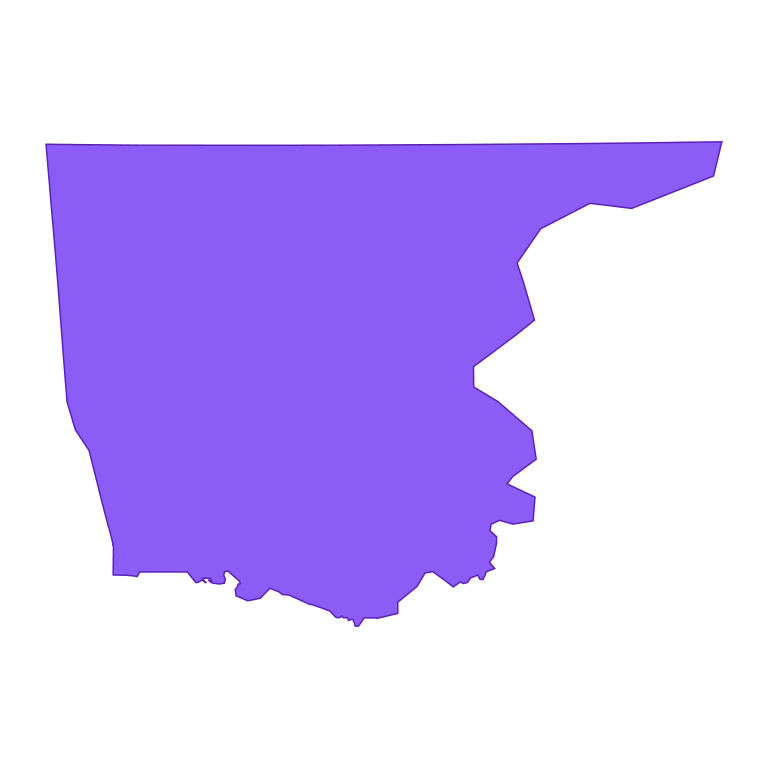 outline of Soudari, North Kordufan, Sudan
{"feature_id": "16777658B52132204049815", "entity_name": "Soudari", "entity_type": "district", "adm_level": 2, "iso_a3": "SDN", "parent_name": "Sudan", "parent_adm1": "North Kordufan", "projection": "orthographic", "projection_center": [27.862, 15.17], "detail": "fine", "context": "isolated", "style": "filled", "palette": "violet", "viewbox_px": 768, "rotation_deg": 0, "n_neighbors": 0, "source": "geoboundaries", "source_scale": "gbopen_adm2", "svg_char_len": 4759}
<svg xmlns="http://www.w3.org/2000/svg" viewBox="0 0 768 768"><path d="M334.8,145.2L268.2,145.3L139.8,145.2L129.0,145.1L125.5,145.1L111.4,144.9L105.0,144.9L99.3,144.8L94.3,144.8L83.1,144.7L73.5,144.6L70.7,144.5L70.3,144.5L66.7,144.5L55.9,144.4L52.1,144.3L51.4,144.3L50.5,144.3L49.3,144.3L48.4,144.3L47.7,144.3L47.1,144.3L46.7,144.3L46.3,144.3L46.2,144.3L46.1,144.8L46.1,145.1L46.1,145.4L46.2,146.8L46.3,147.9L46.4,148.6L46.6,151.0L46.6,151.4L46.6,151.6L46.7,152.5L47.1,156.5L47.1,156.9L47.1,157.1L47.4,160.7L47.8,165.3L48.0,167.7L48.1,168.3L48.3,171.2L49.2,181.2L50.4,195.9L50.7,199.6L53.3,229.0L56.5,267.0L57.4,277.8L58.8,296.1L63.0,350.7L65.4,381.5L66.0,388.1L66.1,389.5L66.1,390.2L66.1,390.5L66.2,391.4L66.4,393.3L66.6,395.7L66.6,395.8L66.7,397.9L66.9,399.9L67.0,401.7L67.1,402.0L67.9,404.6L69.7,410.7L70.9,414.6L71.6,417.1L72.3,419.3L72.4,419.9L73.7,424.2L74.0,425.2L74.2,425.8L74.3,426.0L74.3,426.3L74.6,427.1L74.9,428.0L75.0,428.4L75.3,429.6L75.5,430.0L76.0,430.8L77.2,432.6L77.9,433.6L79.3,435.7L80.0,436.8L80.3,437.3L81.4,438.9L82.1,440.0L82.3,440.2L83.2,441.6L83.5,442.1L84.0,442.9L84.5,443.5L84.9,444.1L85.1,444.5L85.5,445.1L86.7,446.9L87.5,448.1L88.6,449.7L89.0,450.3L89.1,450.5L89.3,451.3L89.3,451.5L89.5,452.4L89.6,452.6L90.3,455.5L90.6,456.5L91.8,461.4L93.2,467.2L93.6,468.4L93.7,468.9L94.2,471.0L94.4,471.5L95.2,475.0L95.7,476.9L96.2,479.0L96.5,480.2L96.6,480.3L98.5,488.0L99.0,490.2L100.7,496.9L101.8,501.3L103.2,506.6L103.9,509.5L105.5,515.6L106.8,520.5L107.2,522.1L108.1,525.6L108.1,525.8L109.0,528.2L109.1,528.6L109.9,531.6L110.0,531.8L110.5,533.6L110.6,534.1L110.9,535.5L111.1,536.2L111.4,537.5L111.7,538.8L112.0,540.0L112.1,540.3L112.4,541.7L112.5,542.2L112.8,543.5L112.8,544.5L112.8,545.0L113.0,545.5L113.1,545.8L113.3,546.8L113.5,547.4L113.5,547.6L113.5,547.8L113.5,548.0L113.5,548.3L113.4,549.4L113.4,551.0L113.4,552.1L113.4,553.5L113.4,556.8L113.3,557.6L113.3,558.3L113.3,559.5L113.3,560.9L113.3,561.4L113.3,561.9L113.3,562.6L113.3,564.4L113.3,564.5L113.3,566.5L113.2,567.3L113.2,569.0L113.2,571.3L113.2,571.7L113.2,572.9L113.2,574.7L113.2,575.0L120.4,575.1L120.6,575.1L121.2,575.2L125.7,575.2L126.5,575.3L126.9,575.3L127.0,575.3L129.1,575.5L129.4,575.5L129.5,575.5L129.9,575.6L130.4,575.6L130.6,575.6L131.4,575.7L132.6,575.8L133.0,575.9L135.7,576.3L137.1,576.6L139.8,572.0L141.1,572.0L142.0,572.0L146.0,572.0L147.5,572.0L150.1,572.0L151.0,572.0L157.6,572.0L158.2,572.0L160.8,572.0L161.7,572.0L164.5,572.0L167.3,572.0L169.0,572.0L176.8,572.0L184.0,572.0L185.1,572.0L186.8,572.0L187.3,572.0L189.5,574.7L190.5,575.9L193.6,579.8L196.0,582.7L198.4,582.2L200.9,580.7L202.3,580.1L204.4,581.7L204.7,582.1L205.0,582.5L205.5,582.7L205.8,582.2L205.7,582.1L205.3,581.8L204.8,581.3L204.4,580.8L204.0,580.5L202.8,578.7L202.8,578.4L202.7,578.2L210.5,578.4L211.4,579.8L211.6,580.4L211.6,580.7L211.1,580.9L209.7,580.5L209.0,579.8L208.9,580.2L208.8,580.3L208.8,580.5L209.3,580.8L210.3,581.9L212.5,583.1L219.3,584.0L220.0,583.9L224.3,583.2L225.4,578.8L225.3,578.7L224.1,576.2L224.0,575.7L224.0,575.3L223.9,574.8L223.9,574.5L223.9,574.4L223.9,574.2L224.2,573.3L224.4,572.4L224.5,571.8L226.9,571.2L228.5,571.3L228.7,571.6L228.9,571.8L229.5,572.4L229.7,572.7L230.5,573.3L231.6,574.3L233.2,575.7L233.9,576.3L234.6,576.9L234.8,577.0L238.6,580.4L239.0,580.7L239.2,581.2L239.6,581.8L240.1,582.8L240.3,583.0L240.1,583.9L239.1,584.1L238.4,583.9L238.0,584.3L237.9,584.9L237.8,585.7L237.8,586.2L237.0,587.3L236.0,588.6L235.9,588.7L235.2,589.5L235.7,593.0L236.0,595.5L236.1,595.9L237.8,596.6L238.1,596.7L247.8,600.8L260.3,598.3L264.6,593.8L266.4,592.0L269.9,588.3L279.1,592.0L280.4,593.0L282.2,594.4L288.8,595.1L289.3,595.2L294.3,597.5L295.0,597.7L304.9,602.2L305.3,602.4L310.0,604.5L311.8,604.5L314.2,605.4L317.5,606.5L322.7,608.3L322.8,608.4L324.5,609.0L327.2,610.1L328.4,610.5L329.6,610.9L336.2,617.6L338.6,617.6L339.9,617.6L341.6,616.2L342.4,616.3L343.1,617.7L347.4,617.7L347.5,617.7L348.6,620.5L350.8,619.6L352.4,619.4L352.5,619.4L353.1,619.9L354.5,623.2L354.8,625.0L355.0,626.0L358.4,626.2L361.5,621.9L364.3,617.9L371.7,617.9L376.3,617.9L376.4,618.2L376.9,618.4L397.8,613.4L397.7,602.3L417.2,586.3L425.1,572.9L432.8,571.7L445.7,581.0L453.3,586.9L460.3,582.0L463.7,583.5L467.6,582.5L470.4,578.0L477.9,575.1L479.7,579.0L482.9,579.7L484.6,576.2L486.4,571.7L494.7,568.5L489.5,562.3L493.6,556.7L496.5,543.6L496.6,536.7L490.0,530.7L491.0,524.4L499.4,520.3L513.0,524.1L533.1,520.9L535.0,497.1L507.1,483.9L512.9,476.4L536.2,459.2L531.9,430.8L497.8,401.5L473.7,387.0L473.5,366.7L515.9,335.0L534.5,320.1L523.5,282.3L517.1,263.0L540.7,228.7L590.0,203.3L631.7,208.4L713.5,176.0L717.1,161.3L719.1,153.0L721.6,142.5L721.8,142.1L721.9,141.8L721.7,141.8L633.9,143.0L578.8,143.6L494.4,144.3L454.2,144.6L334.8,145.2Z" fill="#8b5cf6" stroke="#5b21b6" stroke-width="1.5"/></svg>